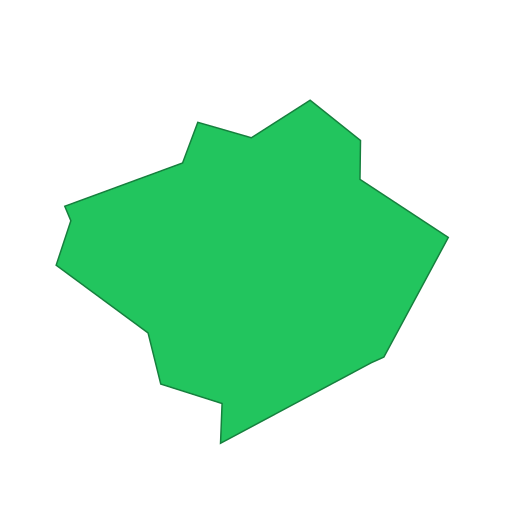 outline of Canal/Pigi, Jonglei, South Sudan, rotated 321°
{"feature_id": "79223893B17498067697092", "entity_name": "Canal/Pigi", "entity_type": "district", "adm_level": 2, "iso_a3": "SSD", "parent_name": "South Sudan", "parent_adm1": "Jonglei", "projection": "robinson", "projection_center": [31.43, 9.096], "detail": "fine", "context": "isolated", "style": "filled", "palette": "green", "viewbox_px": 512, "rotation_deg": 321, "n_neighbors": 0, "source": "geoboundaries", "source_scale": "gbopen_adm2", "svg_char_len": 373}
<svg xmlns="http://www.w3.org/2000/svg" viewBox="0 0 512 512"><g transform="rotate(321 256 256)"><path d="M278.5,411.5L291.8,415.0L417.1,362.6L385.0,261.9L409.9,232.0L396.1,169.0L326.8,161.2L294.9,115.5L257.5,137.5L138.7,97.0L134.3,112.1L94.9,137.4L123.7,247.9L101.4,295.6L136.8,349.3L110.6,379.2L278.5,411.5Z" fill="#22c55e" stroke="#15803d" stroke-width="1.5"/></g></svg>